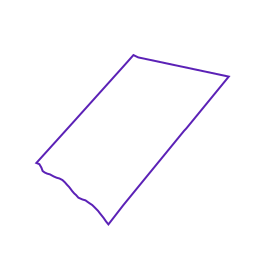 the district of Pedra Grande, Rio Grande do Norte, Brazil, rotated 209°
{"feature_id": "56859067B93684977635333", "entity_name": "Pedra Grande", "entity_type": "district", "adm_level": 2, "iso_a3": "BRA", "parent_name": "Brazil", "parent_adm1": "Rio Grande do Norte", "projection": "equal_earth", "projection_center": [-35.857, -5.148], "detail": "fine", "context": "isolated", "style": "outline", "palette": "violet", "viewbox_px": 256, "rotation_deg": 209, "n_neighbors": 0, "source": "geoboundaries", "source_scale": "gbopen_adm2", "svg_char_len": 631}
<svg xmlns="http://www.w3.org/2000/svg" viewBox="0 0 256 256"><g transform="rotate(209 128 128)"><path d="M158.6,194.4L161.5,181.4L179.5,103.1L191.2,53.0L188.0,53.4L184.6,51.4L181.8,49.0L179.3,48.7L176.6,48.9L173.8,49.6L169.6,49.6L166.4,49.9L163.5,50.6L160.1,50.7L156.9,49.9L153.9,48.8L151.0,47.9L148.7,46.9L146.3,45.8L143.3,44.7L141.0,44.2L137.6,43.0L133.2,43.4L130.1,44.1L127.7,43.8L124.8,43.5L122.0,43.3L119.4,42.6L116.7,41.8L114.0,41.0L111.3,39.8L108.6,38.7L105.7,37.5L102.1,35.7L98.4,34.2L94.7,58.3L77.6,152.7L76.8,155.8L64.8,221.8L95.2,212.5L153.3,194.7L158.6,194.4Z" fill="none" stroke="#5b21b6" stroke-width="2"/></g></svg>